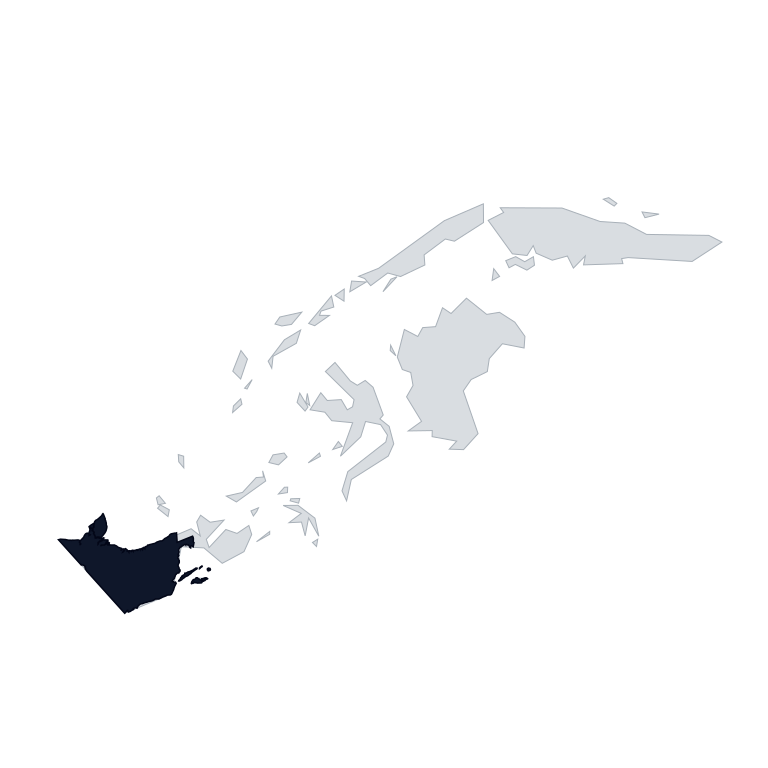 where Papua sits in Indonesia, rotated 138°
{"feature_id": "IDN-558", "entity_name": "Papua", "entity_type": "Province", "adm_level": 1, "iso_a3": "IDN", "parent_name": "Indonesia", "parent_adm1": "", "projection": "mercator", "projection_center": [137.674, -4.867], "detail": "fine", "context": "in_parent", "style": "filled", "palette": "ink", "viewbox_px": 768, "rotation_deg": 138, "n_neighbors": 0, "source": "natural_earth", "source_scale": "10m", "svg_char_len": 9801}
<svg xmlns="http://www.w3.org/2000/svg" viewBox="0 0 768 768"><g transform="rotate(138 384 384)"><path d="M255.8,317.0L269.1,334.7L288.8,332.4L298.9,324.1L316.2,329.0L329.7,325.8L347.3,284.2L368.8,282.0L379.1,291.9L368.2,292.9L383.5,312.7L379.3,317.1L397.4,332.9L381.1,331.1L375.8,359.4L363.4,363.5L356.4,374.7L360.7,382.5L356.1,395.1L332.4,410.9L327.1,396.7L317.5,400.0L307.3,392.1L289.5,401.5L287.0,391.5L265.3,392.6L261.1,367.0L250.2,360.0L245.4,342.4L247.4,325.1L255.8,317.0ZM37.9,263.4L73.0,268.9L118.0,314.6L123.5,318.2L125.9,313.6L156.0,339.0L148.7,344.5L165.7,343.4L162.1,356.4L176.1,363.4L183.4,379.4L180.5,387.0L191.7,383.8L201.5,394.8L197.1,435.9L180.3,431.4L179.7,437.2L134.0,395.7L114.7,360.2L97.4,342.4L88.8,319.5L43.2,277.1L37.9,263.4ZM730.1,387.2L730.1,486.3L715.4,472.2L717.1,468.0L698.6,472.8L701.5,462.9L696.4,457.8L698.2,457.0L701.2,457.4L702.9,456.8L694.2,453.0L698.2,451.8L690.2,433.8L674.2,422.7L624.2,405.5L622.2,394.0L615.5,406.8L608.1,409.2L605.7,397.6L593.9,389.9L620.0,387.5L623.4,379.5L598.9,381.7L593.2,371.3L579.1,369.3L583.0,360.7L600.2,353.1L624.2,359.0L627.5,382.7L643.5,398.7L682.1,370.2L730.1,387.2ZM486.7,332.7L469.5,343.1L421.5,339.7L415.6,343.7L413.7,356.1L422.8,368.5L436.6,360.3L464.7,359.5L433.2,376.2L447.4,391.7L446.8,402.6L456.2,414.3L436.8,419.8L437.2,409.7L426.2,401.0L428.6,389.4L422.6,388.1L416.7,392.4L419.2,432.5L406.0,432.8L407.0,408.8L404.7,400.9L395.6,399.2L394.3,388.9L405.3,361.5L410.4,360.8L408.5,349.1L416.8,333.0L429.1,327.6L472.2,334.9L490.0,322.2L486.7,332.7ZM202.0,437.4L236.1,443.0L241.4,450.7L267.8,453.1L274.0,445.1L299.8,452.8L307.0,464.0L328.1,466.0L327.8,475.4L330.8,481.0L310.6,473.6L229.9,465.0L189.6,451.4L202.0,437.4ZM529.7,334.9L544.2,323.9L537.7,336.6L547.4,344.5L532.1,343.2L540.2,361.2L529.1,351.4L525.1,330.5L534.3,314.5L529.7,334.9ZM536.8,391.1L572.6,395.1L576.2,406.2L561.7,398.1L541.6,400.0L535.8,395.5L532.3,400.7L536.8,391.1ZM454.8,478.5L428.4,483.5L409.8,479.9L421.9,472.9L447.9,478.8L456.9,470.8L454.8,478.5ZM378.7,471.5L396.5,473.7L399.5,479.4L364.1,484.6L369.8,474.8L382.0,480.3L386.0,478.2L378.7,471.5ZM487.2,483.6L487.8,494.7L467.9,504.6L468.8,493.9L487.2,483.6ZM201.6,373.0L206.4,385.0L213.3,386.7L211.0,394.2L200.9,390.5L197.6,380.7L187.8,378.6L192.7,371.6L201.6,373.0ZM693.2,473.4L679.8,475.1L686.3,462.6L696.7,459.9L700.0,464.5L693.2,473.4ZM412.9,490.2L421.1,495.5L424.9,501.5L416.6,503.5L397.0,492.4L412.9,490.2ZM516.5,394.5L522.1,402.7L513.9,405.6L504.4,399.5L504.8,394.7L516.5,394.5ZM329.0,471.7L347.7,475.4L339.2,482.2L329.0,471.7ZM358.3,472.3L361.1,482.7L350.0,481.2L358.3,472.3ZM234.4,388.6L225.3,396.3L226.1,386.6L234.4,388.6ZM633.2,430.0L635.4,443.2L631.2,443.8L627.7,434.2L633.2,430.0ZM323.0,453.3L308.7,457.3L302.6,455.0L323.0,453.3ZM460.8,416.7L460.9,428.5L452.7,433.6L455.9,417.7L460.8,416.7ZM65.9,326.2L78.8,333.0L77.1,339.2L65.9,326.2ZM97.4,374.6L92.3,372.1L90.1,362.4L93.9,362.2L97.4,374.6ZM584.1,469.2L581.2,464.4L588.9,455.6L588.6,463.5L584.1,469.2ZM569.5,348.8L584.3,352.1L567.6,350.9L569.5,348.8ZM479.6,372.8L493.1,376.1L478.2,375.9L479.6,372.8ZM454.5,422.5L447.3,428.3L453.6,417.7L454.5,422.5ZM645.5,357.6L653.2,358.7L660.5,364.3L653.5,365.6L645.5,357.6ZM515.6,464.1L510.6,468.4L500.4,468.9L503.1,464.0L515.6,464.1ZM632.7,445.4L629.4,451.6L625.9,451.4L626.3,441.6L632.7,445.4ZM536.1,372.9L527.1,373.9L524.6,371.8L528.4,367.9L536.1,372.9ZM646.9,371.8L657.9,372.8L668.3,375.0L658.3,376.4L646.9,371.8ZM456.7,365.6L465.9,369.6L456.4,371.8L456.7,365.6ZM543.2,314.1L537.1,313.0L542.9,308.4L543.2,314.1ZM479.0,475.5L489.1,471.9L490.4,474.2L479.0,475.5ZM569.4,373.3L567.8,378.7L560.1,376.0L563.9,374.4L569.4,373.3ZM357.0,404.7L353.1,408.4L356.3,397.0L357.0,404.7ZM527.2,352.6L531.9,360.0L530.1,361.1L523.2,355.3L527.2,352.6Z" fill="#d9dde1" stroke="#a8b0b8" stroke-width="1"/><path d="M730.1,387.1L730.1,443.8L729.8,444.4L730.0,444.7L729.8,445.3L729.1,445.4L729.4,445.5L729.5,445.8L729.7,446.3L729.3,446.5L729.2,447.2L728.9,447.3L729.0,447.7L728.2,448.2L728.4,448.3L728.4,448.6L728.2,449.4L728.7,450.2L728.5,450.5L729.0,451.1L729.2,451.8L729.6,451.7L729.6,452.2L730.1,452.3L730.1,486.1L728.3,485.2L724.7,481.5L723.0,478.9L721.1,477.2L720.8,476.7L719.9,476.3L719.1,475.4L715.8,472.9L715.2,472.1L714.9,471.4L715.0,471.0L715.7,470.5L716.2,470.4L716.3,468.4L716.6,468.1L717.0,468.4L717.3,468.2L717.6,467.4L717.1,467.9L716.3,468.0L716.0,469.9L714.9,470.7L709.7,471.1L708.0,471.9L706.2,472.3L705.0,472.1L704.1,471.4L703.8,470.9L704.0,470.2L703.9,469.4L703.5,468.9L704.3,469.0L704.6,468.8L703.5,468.4L703.3,468.6L703.4,469.2L703.7,469.5L703.6,470.3L703.3,470.6L701.6,471.2L699.8,472.7L699.4,473.6L698.9,473.6L697.8,471.6L697.8,471.0L699.1,470.3L698.8,469.8L698.9,467.7L700.1,467.1L700.3,465.4L701.1,463.4L701.6,463.0L701.6,462.5L700.8,461.8L699.4,461.5L699.1,460.4L698.2,459.0L696.3,457.6L695.5,457.5L695.2,456.9L698.8,457.0L699.4,457.1L700.3,457.6L702.6,457.6L702.9,457.5L703.5,456.5L703.8,456.2L703.3,456.2L702.6,457.0L701.1,457.2L700.8,457.1L699.4,456.3L697.8,456.1L696.6,455.7L693.7,453.0L693.6,452.7L693.9,452.3L694.3,452.0L696.3,452.4L697.2,451.7L699.2,451.5L700.0,451.9L700.5,452.5L701.3,453.1L702.1,453.5L703.1,453.5L701.2,452.7L699.7,451.4L697.8,451.1L696.4,450.0L695.4,449.6L695.2,448.9L695.4,448.5L697.6,449.4L695.8,448.3L694.6,447.0L692.1,444.8L691.1,442.5L691.0,441.3L690.6,440.1L689.0,437.4L689.2,437.0L689.7,436.7L690.8,436.5L691.2,436.2L689.9,436.4L688.2,436.0L687.5,435.2L688.9,434.4L690.6,433.8L690.3,433.7L688.9,433.8L687.4,434.5L686.7,434.5L686.4,434.7L686.2,434.6L685.9,432.4L686.7,431.6L686.0,431.3L686.2,429.7L685.9,430.0L685.5,430.0L685.6,430.7L685.5,430.9L685.1,430.8L683.8,429.4L683.7,429.0L683.9,428.5L683.6,428.4L682.9,429.0L682.3,428.9L681.8,428.3L682.2,427.3L681.3,427.7L681.0,427.6L680.4,426.7L680.0,426.8L678.7,426.3L678.6,426.0L678.9,425.8L678.6,425.3L678.4,425.2L678.0,425.8L677.8,425.7L677.0,424.9L676.5,425.1L675.7,424.7L675.3,424.4L675.5,423.9L675.2,424.1L674.6,423.5L674.5,423.9L674.0,423.7L674.2,422.5L673.5,423.0L673.5,423.5L673.3,423.7L672.2,423.1L672.2,422.7L671.7,423.2L671.3,422.9L671.5,421.8L670.6,422.6L670.0,422.7L669.1,422.2L669.6,421.7L667.7,422.4L667.3,422.4L667.0,422.1L666.9,421.7L666.1,421.7L660.5,418.7L658.9,418.6L655.4,417.2L654.1,416.0L651.7,415.7L651.0,415.9L649.6,415.7L648.6,415.3L646.7,415.1L646.2,414.8L643.8,415.3L642.5,415.1L639.1,413.1L638.6,412.5L637.8,412.2L643.7,404.7L628.1,399.0L628.4,397.8L629.2,396.5L631.4,394.3L631.3,393.3L634.7,390.7L635.2,392.5L635.6,392.9L636.2,392.8L637.4,391.6L637.6,392.2L637.4,393.4L637.1,393.7L636.9,395.2L637.5,395.4L637.8,396.7L638.2,397.1L638.4,397.2L639.1,396.8L639.0,397.4L639.5,398.1L640.7,398.3L641.4,398.6L643.9,398.7L644.8,399.1L647.3,398.4L648.3,397.4L648.3,396.9L648.8,396.2L651.1,395.1L651.3,394.8L651.0,394.3L651.1,394.0L651.8,394.0L652.4,393.3L653.1,393.2L653.7,392.6L653.9,392.3L653.7,391.3L654.2,390.7L654.3,389.8L654.8,389.3L655.0,389.3L655.2,388.7L655.9,388.2L657.8,387.5L658.8,386.5L659.3,384.6L660.0,383.6L660.0,382.3L660.6,381.5L661.3,381.2L662.1,381.2L662.9,380.9L662.9,381.4L663.8,381.6L664.0,381.8L664.4,381.7L665.2,381.9L665.5,381.6L666.2,381.8L667.9,380.9L669.0,380.6L669.2,380.2L669.7,379.9L672.6,379.6L673.5,378.9L672.8,378.1L673.1,377.7L673.0,377.2L671.5,376.3L671.8,374.9L675.2,373.6L677.3,372.4L677.8,372.0L682.6,370.0L683.9,370.2L686.2,372.1L688.5,372.7L690.5,373.6L695.1,374.8L697.8,377.2L699.4,377.4L701.8,378.2L704.5,379.8L706.0,380.4L708.0,381.5L710.5,382.4L712.0,383.4L713.3,383.6L716.2,383.4L716.9,382.8L717.5,383.2L717.7,382.9L718.5,384.1L720.4,384.9L721.1,384.7L720.8,384.1L721.0,384.0L722.9,384.6L724.5,384.7L726.6,385.6L726.5,386.5L725.9,387.2L726.3,387.6L726.5,387.6L726.7,387.1L727.2,387.4L730.1,387.1ZM699.3,462.2L701.4,462.7L700.9,463.2L700.1,464.9L699.9,466.8L698.6,467.6L698.5,469.3L698.8,470.3L697.7,470.4L696.8,471.4L695.1,471.8L694.2,473.1L692.8,474.0L691.8,475.0L690.8,475.4L689.5,475.6L687.8,475.1L682.8,475.0L681.4,475.2L680.2,475.7L679.6,475.7L679.6,475.1L681.4,470.3L682.1,469.8L682.2,468.9L683.5,466.4L684.6,465.2L685.2,463.6L686.4,462.5L688.8,460.9L691.1,460.1L694.5,459.5L695.9,459.4L697.3,459.6L698.6,461.6L699.3,462.2ZM660.5,364.3L660.6,364.7L659.3,365.6L657.2,366.2L656.3,366.1L655.4,365.5L654.7,365.4L653.8,365.7L653.1,365.6L652.3,364.8L652.3,363.6L652.0,363.1L651.3,360.4L650.9,360.1L650.6,360.2L649.7,361.2L647.0,359.2L646.9,359.5L647.1,359.9L646.6,359.7L645.6,358.7L645.3,357.4L645.6,357.2L646.1,357.6L647.2,357.9L648.5,357.8L648.8,358.3L649.9,358.1L650.2,358.8L650.7,358.6L651.4,359.1L652.2,358.3L652.8,358.4L655.8,360.9L656.6,362.3L657.3,362.9L657.8,363.9L659.0,363.6L659.3,363.7L659.6,364.2L660.5,364.3ZM667.7,374.4L668.4,375.0L668.0,375.3L665.9,375.4L665.6,375.7L664.6,376.1L662.9,376.0L663.1,376.3L662.9,376.5L662.4,376.3L661.7,376.4L659.9,375.9L659.2,376.2L658.8,376.6L658.6,376.4L658.3,376.5L658.1,376.1L657.6,375.8L655.8,375.6L653.2,374.3L652.3,374.2L650.5,373.5L650.1,373.6L649.6,373.3L649.0,373.5L648.5,373.2L647.2,373.2L646.8,372.6L646.4,372.6L646.1,372.1L646.9,371.8L648.5,372.2L653.3,372.7L654.2,372.4L655.3,372.7L655.7,372.6L656.3,372.8L657.7,372.8L658.3,372.9L658.6,373.2L659.2,373.2L660.4,373.8L661.7,373.7L664.2,374.0L665.5,373.9L667.7,374.4ZM698.7,474.3L698.9,474.9L698.8,475.2L698.6,475.4L695.7,475.2L694.6,474.9L693.5,474.8L693.4,474.5L693.6,473.9L695.0,472.9L695.3,472.1L697.0,471.6L697.4,471.7L697.7,472.0L697.8,473.4L698.7,474.3ZM639.7,363.1L639.6,364.1L639.0,364.8L638.6,364.9L637.6,364.7L636.7,363.3L637.1,362.3L637.8,361.9L638.7,362.2L639.0,362.7L638.9,363.4L638.6,364.0L639.1,363.9L639.4,363.3L639.7,363.1ZM696.1,450.3L697.0,451.3L696.4,451.8L695.9,451.9L695.4,451.6L695.3,451.0L694.5,450.4L694.4,449.8L694.6,449.7L695.4,450.2L696.1,450.3ZM644.0,370.1L644.7,370.2L644.4,370.6L643.9,370.8L642.5,370.8L641.1,370.6L641.3,370.0L643.3,370.3L644.0,370.1Z" fill="#0f172a" stroke="#020617" stroke-width="1.5"/></g></svg>